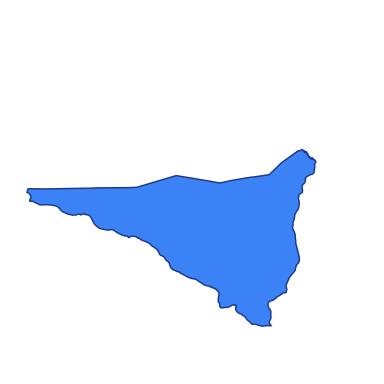 the district of Luangwa, Lusaka, Zambia, rotated 33°
{"feature_id": "96606910B48730551364911", "entity_name": "Luangwa", "entity_type": "district", "adm_level": 2, "iso_a3": "ZMB", "parent_name": "Zambia", "parent_adm1": "Lusaka", "projection": "albers", "projection_center": [30.16, -15.353], "detail": "fine", "context": "isolated", "style": "filled", "palette": "blue", "viewbox_px": 384, "rotation_deg": 33, "n_neighbors": 0, "source": "geoboundaries", "source_scale": "gbopen_adm2", "svg_char_len": 5889}
<svg xmlns="http://www.w3.org/2000/svg" viewBox="0 0 384 384"><g transform="rotate(33 192 192)"><path d="M60.4,287.1L60.9,288.0L61.4,287.9L62.3,287.2L63.4,286.6L64.6,286.4L65.9,286.4L67.2,286.2L69.0,285.8L70.9,285.8L71.5,285.6L72.1,285.3L73.0,284.6L76.0,282.4L81.8,279.2L82.3,279.0L83.4,278.6L85.3,277.9L87.6,277.5L88.8,277.6L91.2,278.5L92.3,278.8L93.5,279.0L94.7,279.0L100.4,278.0L103.8,276.6L104.3,276.7L104.7,276.2L106.2,275.2L107.6,274.0L109.1,271.9L111.2,271.8L112.2,270.0L113.4,269.5L113.7,269.1L113.8,268.7L114.2,268.9L114.8,268.9L115.5,268.7L117.0,268.0L117.6,267.8L119.4,267.8L119.9,267.9L122.2,268.9L122.6,269.3L123.2,269.5L123.1,269.4L123.6,269.7L124.2,270.2L124.7,270.5L127.6,272.0L128.9,272.3L130.7,272.6L132.6,272.8L133.9,272.8L134.5,272.7L136.5,272.1L142.3,269.8L142.7,269.5L143.9,268.2L144.8,267.5L145.8,266.9L147.6,266.7L151.5,266.8L152.4,266.7L154.0,266.6L156.4,266.3L158.2,265.9L159.3,265.5L161.7,264.2L162.3,264.2L163.0,264.4L163.4,264.8L163.6,264.8L163.9,264.6L164.1,264.3L164.3,263.6L164.8,262.7L164.8,262.3L164.9,262.2L165.6,261.8L166.3,261.1L168.3,260.4L169.8,259.9L170.1,260.0L171.0,259.8L171.7,260.2L172.0,260.1L172.2,259.9L172.5,259.6L174.5,259.6L175.2,259.9L175.7,259.7L175.9,259.6L178.3,259.3L180.0,258.8L181.7,258.6L183.0,258.3L183.6,258.4L184.7,258.4L185.3,258.5L185.6,258.7L186.0,258.6L187.6,259.0L189.2,259.1L189.4,259.0L190.4,258.9L191.1,259.2L191.5,259.0L193.1,259.1L193.7,259.2L195.3,259.8L197.9,261.3L198.9,261.9L199.4,262.1L200.5,262.1L201.6,261.8L202.8,261.7L203.6,261.7L204.2,261.8L205.2,262.2L206.7,263.1L208.0,263.5L210.2,263.5L210.9,263.7L211.9,264.3L214.3,266.3L215.3,266.9L216.0,267.2L216.6,267.3L217.9,267.4L219.0,267.4L221.5,266.9L222.4,266.9L222.9,266.6L223.3,266.7L223.5,266.5L223.9,266.4L224.6,266.0L225.3,265.8L225.5,265.8L225.6,266.2L226.9,266.3L231.0,265.8L232.4,265.9L236.6,265.4L237.9,265.0L238.6,264.6L238.8,264.7L240.1,264.3L240.4,264.0L241.7,263.5L241.7,263.3L242.0,263.0L242.8,263.0L245.5,263.3L248.2,263.2L251.0,263.3L252.4,263.3L252.9,263.1L253.4,263.1L253.7,263.0L254.2,262.8L255.4,262.7L255.7,262.5L256.1,262.2L256.6,262.0L257.0,262.0L257.8,261.6L258.9,261.4L259.2,261.5L259.7,261.5L259.7,261.2L260.5,261.3L260.9,261.2L261.1,261.0L261.4,261.1L262.5,260.8L263.2,260.6L264.1,260.5L264.5,260.7L265.6,260.5L265.9,260.6L266.4,260.6L266.8,261.0L267.0,260.9L267.1,261.0L267.3,261.0L267.6,261.2L267.8,261.2L268.9,261.4L269.6,262.0L270.4,263.1L271.5,265.8L273.2,269.0L273.6,269.5L274.2,269.9L274.6,270.1L275.9,270.4L276.1,270.6L276.7,271.8L277.7,272.9L279.0,273.5L280.3,272.9L282.5,270.9L283.6,270.1L284.0,269.7L284.3,269.7L285.0,269.0L286.0,267.6L286.9,265.9L287.6,264.8L288.7,263.8L289.4,263.4L289.7,263.5L289.6,263.3L289.8,263.1L291.2,263.5L291.5,264.8L292.0,266.0L293.0,267.1L294.2,267.6L295.3,267.8L295.5,268.0L295.9,267.9L296.8,268.2L298.2,268.0L299.5,267.6L300.0,267.5L300.3,267.8L301.1,267.5L302.1,267.8L303.5,267.8L304.8,267.9L307.3,269.0L308.1,269.2L309.2,269.3L310.1,269.3L311.5,269.5L314.1,270.3L314.9,269.7L317.6,268.2L318.5,267.9L319.3,267.8L319.8,267.6L320.6,267.5L320.7,267.4L321.0,267.4L322.9,266.6L323.2,266.6L324.0,266.3L325.8,264.7L326.2,264.5L327.4,263.4L329.9,262.0L331.1,261.0L330.2,260.7L329.0,260.1L328.0,259.3L327.2,258.2L327.1,255.5L326.5,254.2L324.9,252.1L323.5,249.7L322.6,248.7L321.7,248.2L321.4,248.0L318.9,247.1L317.1,245.2L316.4,243.9L316.5,241.5L318.3,239.3L318.9,238.5L319.4,237.5L319.6,236.3L320.2,235.6L320.3,234.9L320.2,234.5L320.3,234.2L321.2,232.1L322.0,230.8L322.5,229.3L323.0,228.3L323.2,227.3L324.1,226.4L325.0,225.7L325.7,225.1L325.5,224.4L324.5,221.9L323.9,221.4L322.6,220.2L321.6,218.8L321.4,218.0L321.2,216.4L320.8,214.6L320.7,213.0L320.4,211.4L320.3,209.9L320.5,208.6L320.4,208.0L320.8,205.4L320.9,204.3L321.2,202.9L321.2,201.6L321.0,200.9L320.2,199.3L319.5,196.6L319.4,195.5L319.9,193.9L319.9,192.7L319.2,190.9L318.1,189.0L317.6,188.3L307.1,178.6L305.0,175.7L303.7,174.3L302.4,172.4L301.7,171.6L300.1,170.2L299.1,169.6L297.2,168.4L295.7,167.2L295.2,166.5L295.1,165.4L295.1,165.2L293.9,163.5L293.3,162.6L293.1,162.0L292.8,160.4L292.5,159.2L291.4,156.8L291.0,155.7L290.5,154.7L290.3,152.4L290.3,150.3L290.4,148.8L289.8,146.6L288.8,144.3L288.2,143.3L287.5,142.3L287.4,142.0L284.1,138.8L284.0,137.5L283.5,136.6L283.4,135.2L283.7,134.4L284.5,132.8L284.6,132.5L284.6,131.7L283.4,130.0L281.4,127.7L281.1,127.0L280.9,125.9L281.0,125.0L281.3,124.1L281.5,122.9L281.4,122.1L281.0,121.0L280.0,119.1L279.5,118.2L279.5,117.9L280.0,116.3L280.8,115.0L281.2,114.2L281.5,113.8L281.8,112.7L282.5,112.4L283.1,111.6L283.5,110.7L283.7,110.0L283.7,109.6L283.6,109.3L283.6,108.9L283.5,108.5L283.3,108.0L282.8,107.5L282.3,106.2L282.1,105.9L281.2,103.8L280.0,102.6L279.8,102.2L279.7,101.1L279.8,100.6L279.6,99.9L279.1,99.1L278.8,99.1L278.7,98.8L278.2,98.4L277.7,98.5L277.4,98.3L277.1,98.6L276.7,98.6L276.4,98.5L276.0,98.1L275.7,98.3L275.7,98.6L275.4,98.7L274.6,98.0L274.3,98.0L274.0,97.8L273.9,97.9L274.2,98.6L274.2,99.2L273.7,98.8L273.3,98.9L273.0,99.2L272.6,98.9L272.1,99.0L271.8,98.6L271.6,98.6L271.5,99.0L271.4,99.1L271.1,99.1L271.3,98.8L271.1,98.6L271.2,98.2L269.5,98.3L269.4,98.0L269.2,98.0L269.2,97.7L268.8,97.3L268.5,97.8L268.3,97.7L268.1,97.4L268.2,97.1L268.1,96.8L267.8,96.6L267.6,96.7L267.5,97.2L266.8,96.7L266.1,96.6L265.9,96.0L265.7,96.1L265.4,96.2L265.5,96.5L265.8,97.1L265.6,97.1L265.2,96.9L264.8,97.5L264.3,96.9L264.4,96.6L264.0,96.3L263.8,96.5L263.9,96.8L263.7,96.9L263.3,96.7L262.9,96.8L262.9,96.6L262.2,96.6L261.9,96.4L261.7,96.3L261.4,96.5L261.2,96.5L259.2,99.6L258.6,99.6L251.1,118.8L247.4,135.2L246.7,136.0L237.3,144.3L231.8,148.9L223.8,156.2L217.7,162.0L210.6,169.2L183.6,180.8L169.8,186.9L143.0,218.3L134.5,224.2L108.4,241.4L107.4,242.3L66.0,270.2L52.9,278.4L53.1,279.2L53.0,279.8L53.9,282.2L54.6,282.0L55.0,282.0L56.0,281.8L57.5,282.5L58.0,282.5L58.5,282.5L59.2,283.8L60.1,284.5L60.3,284.9L60.0,285.8L60.3,286.5L60.4,287.1Z" fill="#3b82f6" stroke="#1e3a8a" stroke-width="1.5"/></g></svg>